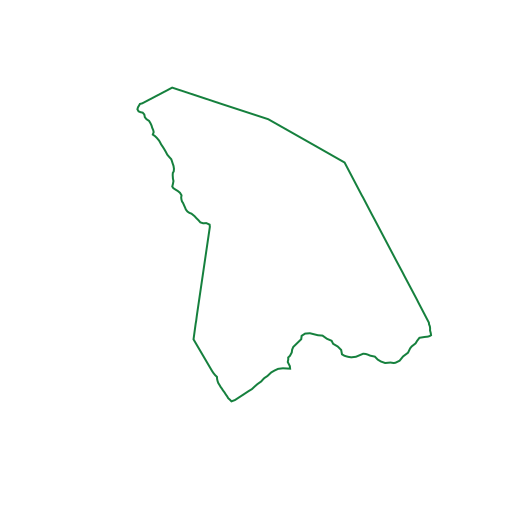 outline of Abaré, Bahia, Brazil, rotated 129°
{"feature_id": "56859067B80599784760755", "entity_name": "Abaré", "entity_type": "district", "adm_level": 2, "iso_a3": "BRA", "parent_name": "Brazil", "parent_adm1": "Bahia", "projection": "mercator", "projection_center": [-39.262, -8.852], "detail": "fine", "context": "isolated", "style": "outline", "palette": "green", "viewbox_px": 512, "rotation_deg": 129, "n_neighbors": 0, "source": "geoboundaries", "source_scale": "gbopen_adm2", "svg_char_len": 2193}
<svg xmlns="http://www.w3.org/2000/svg" viewBox="0 0 512 512"><g transform="rotate(129 256 256)"><path d="M259.4,92.6L257.9,88.3L254.2,84.5L252.5,81.6L251.1,80.4L247.0,78.5L241.5,78.5L235.5,77.0L230.7,78.1L228.3,78.1L223.5,77.0L220.6,77.4L216.7,77.5L212.7,73.9L210.5,71.7L209.0,70.7L207.4,70.1L206.0,71.6L204.3,73.9L202.5,75.3L201.2,76.7L200.2,78.5L199.0,79.7L189.9,100.7L188.7,103.3L178.1,128.2L176.5,131.8L171.2,144.4L153.0,186.8L150.7,192.3L143.1,209.8L142.4,211.7L127.6,246.0L131.6,270.2L131.9,272.1L142.0,332.6L159.2,377.6L177.9,427.1L209.0,440.5L210.9,441.9L212.6,441.6L214.7,441.3L216.6,440.5L217.5,438.3L216.9,436.2L215.9,434.3L216.3,431.9L218.1,429.7L218.6,427.2L218.3,424.1L219.3,421.4L220.4,419.2L221.6,417.5L222.8,415.2L224.1,413.5L226.6,412.6L226.4,410.1L226.6,407.6L227.3,404.0L227.9,402.4L229.0,399.9L229.9,396.9L230.8,394.3L231.8,391.7L233.1,388.7L233.7,385.5L234.1,382.8L235.2,381.0L236.4,379.2L237.9,376.8L239.9,374.6L242.0,373.2L243.8,372.9L245.5,371.7L248.1,369.3L249.7,367.3L252.3,365.9L254.7,364.8L255.3,363.0L255.1,360.6L254.7,357.7L254.7,354.9L255.7,352.1L257.7,350.9L259.1,349.4L260.2,347.8L260.7,346.1L262.0,343.6L263.0,341.6L264.0,339.8L264.6,337.3L264.4,334.9L263.7,332.8L263.7,331.0L263.7,328.9L264.1,326.3L264.4,323.2L264.9,320.4L263.8,317.6L261.7,315.3L260.8,311.8L262.4,310.2L339.0,264.8L344.2,261.6L346.4,260.4L360.1,252.1L372.9,218.1L373.7,215.6L374.3,212.8L374.5,210.3L376.1,208.8L377.4,207.1L378.5,205.3L379.2,203.2L380.1,200.9L380.5,199.2L381.2,197.2L381.8,194.7L382.6,192.4L383.3,189.9L384.0,188.1L384.1,186.0L384.4,183.6L381.2,181.7L369.7,178.0L365.6,176.7L362.0,175.4L358.3,174.9L354.8,174.3L352.6,173.7L350.2,173.0L347.6,172.9L345.6,172.7L342.1,171.6L336.9,170.9L333.3,169.5L329.8,167.8L326.3,164.4L322.1,158.6L320.3,160.4L318.4,164.6L316.0,165.9L314.6,167.1L312.2,166.8L308.5,167.5L306.0,169.0L303.2,169.8L292.2,168.5L289.3,170.3L285.4,169.0L282.1,165.5L278.6,158.0L276.0,154.2L275.7,148.8L274.3,143.9L275.7,140.8L274.9,135.5L275.4,130.7L278.3,127.3L277.9,124.6L277.2,122.8L276.3,120.8L274.8,118.2L271.4,114.9L264.5,111.2L263.1,109.1L262.3,107.1L261.6,104.6L259.4,100.3L259.9,96.2L259.4,92.6Z" fill="none" stroke="#15803d" stroke-width="2"/></g></svg>